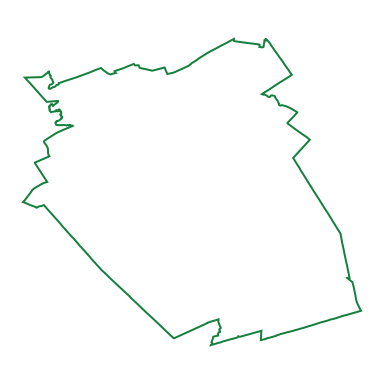 the district of Trivalea-Mosteni, Teleorman, Romania
{"feature_id": "2599482B61439270983538", "entity_name": "Trivalea-Mosteni", "entity_type": "district", "adm_level": 2, "iso_a3": "ROU", "parent_name": "Romania", "parent_adm1": "Teleorman", "projection": "robinson", "projection_center": [25.216, 44.27], "detail": "fine", "context": "isolated", "style": "outline", "palette": "green", "viewbox_px": 384, "rotation_deg": 0, "n_neighbors": 0, "source": "geoboundaries", "source_scale": "gbopen_adm2", "svg_char_len": 5618}
<svg xmlns="http://www.w3.org/2000/svg" viewBox="0 0 384 384"><path d="M361.0,310.8L360.8,310.5L359.4,307.7L357.4,303.6L356.7,301.8L356.2,299.8L355.0,293.3L353.5,286.2L352.4,282.2L352.2,281.9L351.4,281.3L347.2,278.0L347.8,277.8L349.5,277.9L349.4,277.1L347.4,267.3L344.7,254.9L343.7,249.6L342.2,242.9L340.7,234.6L340.7,234.4L339.9,232.7L331.8,219.7L328.7,214.5L325.3,209.4L318.8,199.0L313.4,190.6L308.4,182.6L306.0,178.6L300.9,170.7L299.6,168.2L295.0,161.0L293.2,157.9L308.4,141.3L309.8,139.8L306.2,136.7L302.0,134.0L299.4,132.1L294.9,128.9L287.7,123.5L287.5,123.3L287.5,122.9L288.2,122.1L293.4,116.8L295.5,114.4L296.6,113.2L297.3,112.5L297.3,112.3L297.2,112.1L290.6,108.3L287.2,106.7L285.3,106.0L284.0,105.7L282.2,105.2L281.6,105.3L280.5,105.6L280.0,105.5L279.4,105.2L279.0,104.8L279.2,104.1L279.2,103.9L279.0,103.5L278.5,103.0L277.9,101.3L275.2,97.5L275.0,96.5L274.8,96.2L274.4,95.9L273.5,95.6L272.0,95.4L271.3,95.4L271.0,95.6L269.7,97.0L269.1,97.1L268.6,96.9L265.2,94.7L264.7,94.6L263.3,94.7L261.9,94.1L265.6,91.7L265.9,91.6L267.7,90.5L276.8,84.4L291.0,75.4L291.8,74.8L290.2,72.6L288.6,70.1L285.2,65.4L281.5,59.9L279.3,57.0L276.9,53.4L275.1,51.1L273.0,48.0L271.7,46.2L269.9,43.3L267.7,40.6L266.8,39.7L266.1,39.1L265.9,39.0L265.6,39.0L265.4,39.4L265.4,39.6L265.4,39.9L266.1,40.4L266.1,40.5L265.6,40.5L264.8,40.2L264.6,40.2L264.5,40.4L264.4,40.4L264.3,42.4L263.9,44.0L263.6,46.8L263.5,47.0L263.0,47.2L261.8,47.4L260.2,46.9L259.4,46.9L259.7,45.5L259.7,45.1L259.6,44.7L259.2,44.5L253.5,43.7L248.9,43.2L234.5,41.2L234.0,41.0L233.9,40.8L233.9,38.9L226.2,43.1L220.5,46.0L214.3,49.4L210.1,51.5L207.3,53.1L199.3,58.1L195.2,61.1L192.1,62.9L191.5,63.3L191.0,64.0L188.2,66.0L180.6,69.5L174.8,72.1L172.1,73.0L167.4,74.0L166.0,71.0L164.6,67.5L152.8,70.6L151.8,70.6L147.7,69.6L139.7,67.9L138.6,65.3L135.1,65.4L134.6,64.9L134.0,64.1L133.8,63.9L133.6,64.0L125.7,67.2L124.7,67.7L114.6,71.2L115.4,72.6L115.8,73.0L113.4,73.5L110.9,74.4L109.4,74.0L107.9,73.3L107.5,73.3L107.3,73.2L106.2,72.2L103.6,70.4L100.9,68.0L95.6,70.0L89.3,72.6L76.8,77.2L69.1,79.7L65.9,80.7L60.9,82.5L59.5,83.0L58.8,83.1L58.8,84.0L58.6,84.4L58.4,84.5L58.1,84.7L56.6,85.0L56.2,85.3L55.5,86.2L54.5,86.9L54.3,87.0L53.5,87.1L52.5,87.4L51.4,88.2L50.1,88.8L49.3,88.7L48.8,88.5L48.7,88.2L48.7,87.9L48.9,87.2L49.5,85.4L49.7,85.1L50.0,84.8L51.5,84.3L52.0,84.0L53.2,83.0L53.3,82.6L52.7,81.3L52.6,80.3L52.4,79.8L51.7,78.9L51.0,78.3L50.4,77.3L50.5,76.7L50.7,76.2L50.7,75.8L50.5,75.5L50.1,75.5L49.9,75.3L49.8,74.5L49.3,73.5L49.1,73.3L49.1,73.0L49.0,72.7L49.0,71.8L49.0,71.6L48.5,71.6L48.2,71.8L47.2,73.1L46.6,73.5L46.2,73.6L45.2,74.6L43.5,75.9L42.5,76.6L41.4,77.0L40.1,77.2L38.4,77.2L24.9,77.6L34.0,87.6L41.5,96.1L46.7,101.9L56.9,101.0L57.5,100.9L57.8,100.9L58.0,101.0L58.0,101.6L57.7,102.2L57.3,102.5L54.9,104.3L53.6,105.1L53.1,105.6L53.1,105.8L52.7,105.8L52.4,105.5L52.0,104.8L52.0,104.3L52.0,104.2L51.5,104.1L51.1,104.2L50.7,104.5L50.2,105.2L49.9,105.7L49.8,106.3L49.2,106.3L49.1,106.6L49.0,106.8L49.1,107.2L49.5,107.9L49.5,108.1L49.3,108.7L49.9,109.2L49.8,109.8L49.5,110.1L49.5,110.3L50.0,111.2L51.0,112.2L52.4,111.8L53.0,111.8L54.2,111.4L54.6,111.3L55.0,111.5L56.4,111.0L56.6,110.7L56.3,110.2L56.5,110.1L57.0,110.3L57.4,110.8L57.4,111.3L57.7,111.4L58.1,111.1L58.7,110.3L58.7,109.9L58.9,109.5L59.2,109.4L59.7,109.7L59.8,109.8L59.9,110.5L59.7,110.9L59.7,111.1L59.8,111.2L60.9,111.4L61.0,111.7L61.0,112.1L61.3,112.3L61.2,113.0L61.3,114.0L61.0,114.3L60.3,114.4L60.2,114.7L61.0,115.6L61.3,116.2L62.1,116.7L62.2,116.9L62.2,117.3L61.9,117.6L61.5,117.5L61.6,118.0L61.8,118.2L61.8,118.4L61.4,118.8L60.8,119.0L60.2,119.6L59.8,119.8L59.2,120.3L58.1,120.9L57.5,121.1L56.8,121.0L56.6,121.1L56.4,121.4L56.4,121.9L55.7,122.2L55.4,122.6L55.5,123.3L56.0,124.4L56.3,124.7L56.7,124.9L57.6,125.1L60.7,125.2L63.4,125.0L64.8,125.1L65.2,125.1L65.7,125.2L66.4,125.5L66.8,125.4L67.5,125.1L68.7,125.3L69.6,124.9L70.4,125.1L70.6,125.5L72.1,125.5L72.7,125.9L72.0,126.3L71.3,126.5L70.4,126.8L69.9,127.1L62.5,130.2L59.0,131.8L55.7,133.4L46.5,139.3L44.9,140.4L44.3,140.9L44.0,141.5L44.1,142.1L44.4,142.8L46.5,145.5L46.9,146.5L47.5,147.3L47.9,148.9L48.0,149.7L48.0,150.8L48.1,153.4L48.5,154.6L48.7,155.2L49.4,156.3L34.9,162.6L34.9,163.0L47.2,182.0L44.3,182.8L42.3,183.6L33.9,188.6L32.3,190.0L31.7,191.0L30.7,192.5L24.4,200.7L23.0,202.1L25.6,203.0L30.3,205.1L35.5,207.0L36.0,207.3L36.3,207.7L39.9,206.1L41.1,206.2L41.8,206.0L43.8,205.0L49.5,211.5L60.0,223.2L63.1,227.0L70.9,235.7L75.3,240.5L80.2,246.2L83.4,249.6L86.1,252.7L89.7,256.7L91.4,258.8L101.8,270.3L103.7,272.0L113.7,281.6L114.5,282.3L124.0,291.2L128.4,295.2L131.7,298.6L137.1,303.7L137.9,304.4L139.6,306.1L144.9,311.2L153.1,318.7L159.6,324.9L169.6,334.5L173.7,338.2L174.0,338.3L205.4,324.0L207.3,323.1L207.3,322.9L209.9,321.9L216.1,320.1L218.5,319.3L218.5,319.9L218.3,321.6L220.1,326.6L220.5,327.0L220.6,327.3L220.6,328.3L220.4,328.5L219.7,328.9L219.4,329.3L219.3,329.5L219.3,330.0L219.6,331.0L220.1,331.4L220.2,331.8L219.9,332.1L219.1,332.3L218.3,333.1L218.1,333.5L218.0,334.5L218.2,335.5L213.2,336.7L213.0,338.1L211.8,341.4L211.5,342.6L211.6,342.9L212.3,343.2L212.3,343.5L211.9,344.4L211.6,344.7L211.1,344.9L211.0,345.1L218.6,342.8L219.9,342.6L222.2,341.7L229.8,339.5L233.5,338.6L236.3,337.8L238.0,337.2L238.3,336.3L239.3,336.7L240.7,336.6L261.4,330.8L261.2,333.1L260.9,340.1L261.5,340.0L265.9,338.8L267.6,338.1L268.9,337.9L274.1,336.4L275.4,336.0L275.7,336.0L275.7,335.9L277.1,335.2L279.0,334.7L280.6,334.0L283.3,333.4L286.7,332.4L290.1,331.6L304.4,327.6L310.6,325.6L311.6,325.4L320.8,322.4L326.9,320.8L330.4,319.6L332.9,319.0L335.3,318.4L342.8,315.9L348.2,314.5L357.9,311.7L361.0,310.8Z" fill="none" stroke="#15803d" stroke-width="2"/></svg>